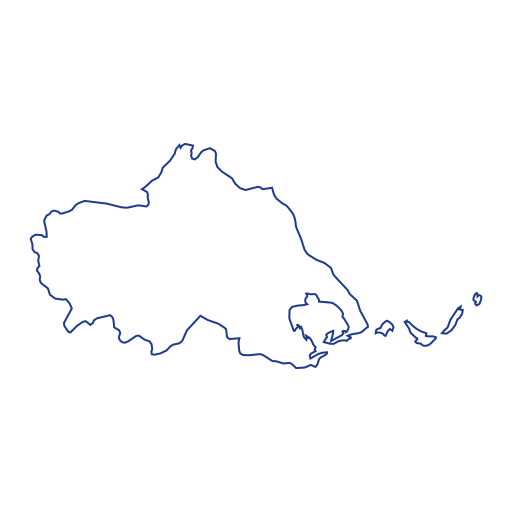 the border of Thessalia
{"feature_id": "GRC-2900", "entity_name": "Thessalia", "entity_type": "Region", "adm_level": 1, "iso_a3": "GRC", "parent_name": "Greece", "parent_adm1": "", "projection": "robinson", "projection_center": [22.751, 39.565], "detail": "fine", "context": "isolated", "style": "outline", "palette": "blue", "viewbox_px": 512, "rotation_deg": 0, "n_neighbors": 0, "source": "natural_earth", "source_scale": "10m", "svg_char_len": 4723}
<svg xmlns="http://www.w3.org/2000/svg" viewBox="0 0 512 512"><path d="M272.0,187.7L272.1,187.9L274.0,194.6L275.2,196.8L276.7,198.8L282.4,203.4L285.8,205.2L287.9,207.2L291.7,212.0L293.2,214.3L294.5,217.5L295.4,221.2L295.8,225.2L296.5,228.1L301.0,238.6L304.5,249.6L306.7,253.0L308.7,255.0L316.6,259.9L324.3,262.9L330.1,267.2L330.6,267.6L331.2,268.4L333.1,274.0L334.8,276.3L347.7,290.2L349.7,294.0L356.9,300.6L360.1,310.5L367.7,324.6L367.9,327.0L366.3,328.0L361.5,332.2L358.5,333.2L352.8,334.0L349.9,334.9L347.6,335.8L348.4,336.3L349.1,336.7L349.7,337.0L350.7,337.2L350.7,338.3L349.4,338.7L348.3,339.4L347.4,340.1L346.7,340.9L344.9,340.3L341.5,340.5L338.0,341.4L335.8,342.7L333.4,343.9L329.9,343.7L323.8,342.1L325.2,339.5L327.0,337.2L326.2,334.7L328.2,333.0L333.2,330.8L333.1,333.2L331.1,340.9L341.9,335.2L343.5,333.2L342.5,331.5L343.3,330.9L344.8,331.0L345.6,331.4L346.0,332.2L347.1,331.2L348.2,329.1L348.7,327.0L348.0,325.0L344.1,318.7L342.4,316.9L343.1,313.9L341.4,310.6L338.8,307.6L336.2,305.4L333.3,303.4L330.7,302.6L319.0,301.6L318.9,300.9L319.1,300.1L318.7,299.2L317.9,298.1L316.4,295.1L315.6,294.3L314.5,294.1L310.4,294.3L307.0,293.4L306.2,293.6L307.2,295.4L307.2,296.7L305.7,298.2L305.2,300.3L305.6,302.6L307.2,304.2L303.7,305.1L297.7,305.6L292.1,306.9L289.6,309.9L289.3,317.1L289.6,319.3L293.8,330.8L294.8,330.8L295.9,328.8L297.9,327.0L297.3,325.0L298.1,324.9L299.3,326.2L300.0,328.3L301.1,327.0L302.4,330.0L303.0,333.6L303.9,337.1L306.2,339.6L306.2,338.7L306.4,338.5L306.8,338.5L307.3,338.3L306.6,337.1L306.2,335.8L310.0,338.2L311.9,341.3L313.3,344.6L315.6,347.3L314.7,349.6L314.9,350.1L315.6,351.1L310.9,353.7L309.7,355.5L310.5,358.5L318.2,354.0L322.4,352.7L327.0,352.3L327.0,353.4L325.7,354.8L320.8,357.4L319.5,358.6L318.8,359.9L317.7,363.6L317.0,364.9L316.0,366.3L315.4,366.9L315.0,366.7L314.0,366.3L310.8,364.9L304.9,367.5L296.2,368.1L291.6,363.8L289.1,362.9L283.6,363.5L275.4,361.1L272.7,361.2L263.1,355.1L260.1,354.1L248.5,355.3L242.7,354.9L240.3,353.5L239.2,350.8L238.5,342.6L239.4,338.2L229.5,339.1L227.1,337.2L226.0,329.0L223.6,327.1L218.3,323.7L207.7,320.0L200.4,315.8L186.9,330.4L182.3,340.8L179.1,343.4L173.6,344.5L170.6,346.1L166.5,350.5L160.1,353.5L154.5,354.7L151.9,354.3L151.3,351.7L152.2,349.3L151.6,344.2L149.4,341.3L144.3,339.5L139.1,335.7L136.4,335.8L127.8,341.6L124.9,342.7L122.3,342.3L120.0,340.4L118.8,337.7L120.2,332.9L119.1,330.2L114.2,327.4L113.4,319.7L112.3,317.0L110.0,315.2L97.0,318.3L93.9,320.4L93.0,322.8L90.4,324.9L85.7,321.2L82.9,321.8L77.4,325.5L70.3,332.5L68.3,331.7L64.4,326.1L63.9,323.0L71.8,308.6L69.5,303.2L65.9,299.1L63.1,299.7L55.3,298.6L50.0,294.8L47.9,288.4L40.8,282.9L39.7,279.7L40.2,276.7L39.2,273.6L37.0,270.7L37.4,268.3L39.4,266.0L38.2,260.8L39.0,255.9L37.3,253.1L34.8,252.3L32.6,249.4L32.4,244.3L30.7,238.6L32.7,236.3L35.7,234.7L41.6,235.1L44.0,236.9L46.7,236.8L46.5,231.7L44.1,220.8L45.1,218.4L46.6,215.6L49.6,214.0L51.1,211.7L54.0,210.6L58.2,211.7L60.0,213.5L62.7,213.4L69.1,211.3L72.1,209.7L75.6,205.1L78.7,203.1L84.5,200.9L106.8,203.6L121.8,207.4L127.2,207.7L138.5,205.3L146.4,206.5L148.3,204.8L148.8,202.3L147.6,197.1L148.0,194.6L146.9,191.9L141.9,189.2L145.0,187.1L152.2,180.6L158.2,177.5L161.3,172.4L162.8,167.6L170.0,160.7L174.6,153.9L176.0,149.1L179.5,145.1L180.6,147.8L182.1,145.5L185.2,143.9L193.0,145.6L192.6,148.1L191.0,150.3L191.6,152.9L191.1,155.9L192.2,158.6L194.8,159.4L198.0,156.9L201.0,152.4L203.6,150.3L210.0,148.2L214.9,151.0L216.0,153.7L215.6,161.6L217.3,166.9L221.9,171.6L232.0,178.3L235.3,183.8L240.0,188.1L245.6,190.0L257.6,186.9L260.2,187.3L262.6,189.2L270.5,188.0L272.0,187.7ZM417.2,338.3L415.6,337.5L410.8,333.0L409.9,331.4L409.3,328.9L404.7,321.9L406.8,320.7L406.9,321.7L407.4,321.9L408.0,321.8L408.8,321.9L412.4,325.5L416.5,328.8L421.3,331.5L426.4,333.2L425.8,335.9L428.7,336.4L432.8,336.3L435.8,337.2L435.8,338.3L430.9,343.4L428.0,345.3L424.4,345.9L422.9,345.4L420.7,343.7L416.7,343.0L415.5,342.1L415.5,340.9L417.2,339.6L417.2,338.3ZM457.5,319.3L455.3,325.0L451.4,330.3L446.6,333.6L442.0,333.2L444.0,330.6L446.1,328.9L447.9,326.9L450.3,320.0L457.9,308.5L460.5,306.7L460.3,307.4L460.2,308.1L460.1,308.7L459.5,309.4L462.8,310.0L462.1,313.8L459.5,317.9L457.5,319.3ZM381.9,333.2L380.2,332.7L378.6,332.5L377.0,332.6L375.7,333.2L376.2,330.0L378.0,328.7L379.9,328.3L380.8,327.6L381.5,325.7L383.1,323.5L385.2,321.7L387.0,320.7L389.5,322.1L392.1,324.3L393.5,327.2L392.3,330.8L389.9,329.0L387.8,331.0L385.6,335.8L384.4,335.5L383.1,333.9L381.9,333.2ZM479.2,295.1L480.6,295.8L481.3,296.4L481.2,299.3L479.4,303.9L476.6,305.4L475.1,303.8L475.3,302.6L476.0,302.1L475.5,301.3L473.9,300.5L473.3,299.2L473.8,297.2L474.6,295.2L475.8,293.5L477.1,293.2L477.4,295.0L477.5,296.4L478.1,295.8L479.2,295.1Z" fill="none" stroke="#1e3a8a" stroke-width="2"/></svg>